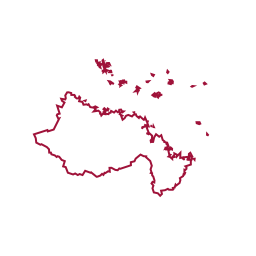 the district of Mackay, Queensland, Australia, rotated 335°
{"feature_id": "25037944B90195923531970", "entity_name": "Mackay", "entity_type": "district", "adm_level": 2, "iso_a3": "AUS", "parent_name": "Australia", "parent_adm1": "Queensland", "projection": "mercator", "projection_center": [149.075, -21.082], "detail": "fine", "context": "isolated", "style": "outline", "palette": "rose", "viewbox_px": 256, "rotation_deg": 335, "n_neighbors": 0, "source": "geoboundaries", "source_scale": "gbopen_adm2", "svg_char_len": 5917}
<svg xmlns="http://www.w3.org/2000/svg" viewBox="0 0 256 256"><g transform="rotate(335 128 128)"><path d="M169.5,187.7L170.9,184.6L172.9,183.1L173.3,181.2L174.2,181.1L174.0,176.8L172.3,177.2L171.3,179.1L172.3,179.4L172.8,179.9L171.2,179.4L172.0,180.0L170.8,180.2L170.8,182.3L169.8,183.5L170.5,181.9L168.7,182.6L169.2,182.1L167.7,181.6L169.9,181.8L169.3,179.2L166.9,178.4L165.5,178.8L165.5,179.8L166.3,179.8L165.5,180.0L164.7,178.8L165.3,177.8L162.7,177.2L165.0,172.6L160.4,174.4L161.1,172.9L159.3,170.6L158.8,171.9L156.2,173.0L157.6,173.4L158.0,173.9L155.5,173.4L155.0,174.6L153.9,172.0L152.7,171.0L155.1,170.2L154.2,169.3L155.1,165.3L156.8,165.3L157.4,164.5L158.8,166.1L159.2,165.4L158.4,163.6L154.8,164.2L153.5,163.5L154.1,162.6L152.9,162.5L153.6,161.9L152.9,161.3L155.5,162.5L155.9,161.5L157.0,161.7L157.2,159.1L156.5,159.6L156.1,158.6L156.8,157.5L155.0,156.0L155.4,155.4L154.4,153.5L155.1,148.6L152.6,149.1L150.8,145.5L147.7,147.6L144.9,151.2L144.1,150.9L145.3,149.1L143.0,149.9L143.3,148.8L145.0,148.1L146.6,145.2L145.3,142.1L144.1,142.4L142.5,140.5L144.7,141.9L145.1,136.2L146.7,134.7L142.3,133.5L140.3,134.5L141.4,133.3L145.0,133.9L145.5,133.3L144.4,133.3L144.8,132.6L147.4,135.0L147.6,131.5L148.7,130.4L147.8,129.9L147.9,125.7L146.2,127.3L145.7,127.2L143.8,122.6L142.6,122.5L142.5,123.2L142.1,123.5L140.8,120.7L140.9,118.9L138.5,118.4L136.5,119.2L133.8,116.3L131.4,116.1L129.0,117.7L126.6,118.2L126.9,114.4L128.0,114.4L126.3,111.9L127.7,110.6L129.4,111.5L131.0,111.1L129.6,110.3L129.5,108.4L127.8,107.8L126.6,109.4L125.4,109.4L124.4,107.2L121.9,108.1L119.9,105.4L118.6,106.8L117.5,106.3L116.2,107.2L113.7,105.6L113.9,103.9L112.7,103.3L113.1,102.5L112.1,104.0L112.4,105.3L111.2,104.5L109.1,105.4L109.3,103.4L108.8,103.1L109.5,102.1L108.5,99.8L104.0,98.5L106.4,97.4L106.0,96.2L108.7,96.2L107.5,94.6L104.8,94.6L102.6,93.1L102.3,89.8L101.2,90.0L100.3,89.0L97.5,88.1L97.7,85.1L95.0,83.1L97.5,80.3L97.1,79.0L95.7,80.2L94.0,79.5L93.0,77.3L93.6,76.8L93.4,75.4L90.6,74.1L91.3,72.3L89.2,70.5L87.9,70.0L84.9,72.0L84.2,74.7L83.2,75.6L79.8,73.3L79.7,75.6L81.2,78.1L76.8,81.3L73.2,77.8L72.1,86.1L69.8,85.7L68.8,86.4L68.8,90.2L69.7,90.3L60.0,98.0L53.9,97.2L54.1,95.8L40.1,94.0L40.1,98.2L38.7,102.5L41.5,106.1L42.7,106.1L46.4,111.0L47.4,113.9L46.2,117.0L47.7,117.7L47.5,119.5L50.1,121.9L51.1,124.1L52.2,123.8L53.5,125.0L54.4,128.9L56.7,131.3L53.0,135.4L55.0,137.1L54.6,143.1L58.6,146.9L60.9,146.9L62.6,149.4L64.7,149.3L66.9,151.4L71.1,148.7L75.1,152.7L75.8,152.6L78.9,158.9L79.8,159.2L82.8,159.4L85.1,158.6L85.9,160.1L87.8,158.7L88.4,159.3L91.6,158.8L93.0,159.9L94.4,156.3L96.2,157.1L98.8,160.6L100.8,161.9L103.0,161.0L103.8,161.7L114.9,163.0L116.1,160.2L119.8,160.9L122.0,159.0L128.1,157.4L130.3,160.2L132.5,161.4L132.0,162.1L134.2,167.3L133.6,172.3L131.0,175.0L130.6,177.8L129.7,178.4L130.7,179.2L129.9,181.2L130.4,182.6L129.8,186.8L128.8,188.5L127.5,187.2L125.9,188.2L126.7,190.9L124.7,193.0L124.2,197.3L127.5,199.8L128.5,203.0L130.9,202.1L131.5,198.8L135.2,200.0L138.4,200.0L139.0,201.2L142.5,202.9L143.3,202.6L143.4,201.3L145.1,201.7L147.2,199.4L147.5,200.5L151.5,199.6L153.5,197.3L153.8,195.4L157.6,194.9L158.9,193.3L159.5,193.9L160.8,192.8L160.3,192.2L161.5,189.7L162.0,190.3L163.7,189.7L164.4,188.3L163.9,187.0L169.5,187.7ZM131.6,67.4L133.1,62.9L134.8,63.6L134.5,62.5L135.4,62.6L133.4,60.2L133.9,59.1L132.9,58.5L133.3,57.6L132.4,59.4L133.2,60.3L132.4,60.8L132.5,62.6L131.8,62.2L131.5,64.9L129.9,65.7L128.5,65.0L129.6,66.1L129.2,67.0L131.4,66.4L131.6,67.4ZM188.1,103.4L186.1,102.2L186.3,104.2L184.2,103.8L183.5,104.8L185.4,106.4L186.4,105.8L187.4,106.3L188.3,104.8L188.1,103.4ZM168.9,111.3L167.7,112.3L168.1,113.0L168.7,112.1L169.7,112.5L170.2,111.3L170.7,111.6L171.6,109.8L170.8,108.7L167.9,108.9L168.9,111.3ZM127.3,58.3L128.3,60.3L130.2,59.3L131.4,59.5L130.2,57.7L128.9,57.9L128.2,57.0L127.3,58.3ZM164.9,110.2L165.4,109.6L166.0,110.7L166.4,110.0L167.8,110.8L166.9,107.7L164.0,108.5L164.9,110.2ZM152.6,94.9L153.6,96.9L155.4,96.9L153.7,94.1L152.6,94.9ZM194.2,154.6L195.3,154.6L195.3,153.0L192.6,151.7L192.3,152.7L194.2,154.6ZM114.4,102.8L116.2,103.0L114.9,100.1L113.7,100.6L114.4,102.8ZM154.1,99.2L152.7,96.8L150.1,97.8L152.1,98.3L151.8,99.7L153.2,98.3L154.1,99.2ZM139.8,84.8L138.6,84.8L138.9,85.7L140.9,84.5L140.7,83.5L141.7,84.5L141.3,82.4L140.2,82.3L139.8,84.8ZM133.8,82.1L131.6,78.3L130.4,77.5L130.6,78.7L133.8,82.1ZM143.7,84.9L144.5,83.2L143.2,82.7L142.3,83.3L143.7,84.9ZM215.7,120.8L217.3,120.9L216.6,119.2L215.6,119.4L215.7,120.8ZM134.7,69.5L136.5,70.4L136.8,69.2L137.5,69.4L136.3,68.7L134.7,69.5ZM166.6,94.4L164.5,93.7L164.4,94.3L165.3,94.9L166.6,94.4ZM172.9,91.5L173.9,90.8L172.2,89.2L172.1,90.1L172.9,91.5ZM187.3,94.9L188.4,94.3L188.0,92.9L187.0,94.1L187.3,94.9ZM196.7,167.6L197.8,168.8L197.2,166.7L196.7,167.6ZM128.3,54.2L128.5,53.5L127.5,53.0L127.3,53.9L128.3,54.2ZM138.3,61.1L137.4,60.7L137.1,61.3L138.3,62.7L138.3,61.1ZM145.2,84.8L144.9,85.4L145.6,86.2L146.0,85.3L145.2,84.8ZM174.6,183.7L174.9,184.8L175.4,184.0L174.6,183.7ZM133.2,57.3L134.1,56.6L134.2,55.8L133.5,56.0L133.2,57.3ZM205.0,117.7L204.0,117.1L203.2,117.3L203.5,117.7L205.0,117.7ZM130.6,80.7L131.1,80.5L130.3,79.5L130.6,80.7ZM116.5,103.1L117.5,102.8L116.5,102.3L116.5,103.1ZM117.6,102.3L118.5,102.8L117.9,101.9L117.6,102.3ZM133.0,67.4L134.0,67.3L133.0,66.3L132.9,66.3L133.0,67.4ZM172.5,111.1L172.2,112.1L172.3,112.1L172.5,111.1ZM127.6,56.6L128.5,56.3L127.5,56.1L127.6,56.6ZM135.9,74.3L136.2,73.6L135.9,73.5L135.9,74.3ZM128.2,61.2L128.5,61.6L128.6,61.0L128.2,61.2ZM139.9,116.3L140.1,116.9L140.3,116.4L139.9,116.3ZM135.3,60.6L135.9,60.7L135.9,60.4L135.3,60.6ZM151.8,138.1L151.8,137.4L151.5,137.9L151.8,138.1ZM149.2,136.5L150.0,136.2L149.9,136.0L149.2,136.5ZM139.0,86.6L139.6,86.5L139.3,86.2L139.0,86.6ZM117.4,103.8L117.7,103.6L117.1,103.7L117.4,103.8ZM100.8,85.5L101.1,85.2L100.5,85.1L100.8,85.5ZM136.0,63.7L136.3,63.8L136.0,63.1L136.0,63.7ZM135.2,57.3L135.3,57.9L135.2,57.2L135.2,57.3Z" fill="none" stroke="#9f1239" stroke-width="2"/></g></svg>